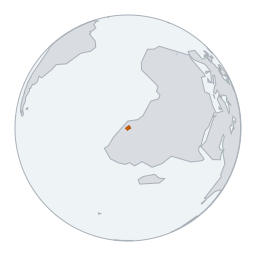 Omusati highlighted on a globe, orthographic projection, rotated 60°
{"feature_id": "NAM-3350", "entity_name": "Omusati", "entity_type": "Region", "adm_level": 1, "iso_a3": "NAM", "parent_name": "Namibia", "parent_adm1": "", "projection": "orthographic", "projection_center": [14.875, -18.403], "detail": "fine", "context": "on_globe", "style": "filled", "palette": "amber", "viewbox_px": 256, "rotation_deg": 60, "n_neighbors": 0, "source": "natural_earth", "source_scale": "10m", "svg_char_len": 4887}
<svg xmlns="http://www.w3.org/2000/svg" viewBox="0 0 256 256"><g transform="rotate(60 128 128)"><circle cx="128" cy="128" r="113" fill="#eef3f6" stroke="#a8b0b8"/><path d="M17.3,107.1L17.0,109.0L18.3,102.3L18.1,104.2L20.3,100.1L19.8,101.8L21.4,106.0L25.2,105.8L26.1,109.7L25.4,112.9L27.2,112.6L27.3,114.4L36.0,112.9L42.0,115.5L42.8,122.1L39.7,131.6L41.6,149.4L37.3,158.1L39.4,165.5L41.4,177.7L38.5,179.1L42.5,183.2L43.5,187.3L42.4,188.9L45.0,192.4L44.4,193.6L46.8,195.0L49.9,200.9L53.8,203.8L57.1,208.4L59.7,210.0L59.4,210.4L60.2,211.6L61.7,212.8L59.1,212.5L53.6,208.5L51.1,205.7L50.7,205.9L44.9,198.9L45.9,200.8L38.3,191.8L33.1,183.4L22.4,161.2L20.7,157.7L19.0,155.6L17.4,149.5L16.1,141.1L15.5,132.6L15.4,124.0L16.1,115.5L17.3,107.1ZM64.9,213.8L60.0,213.0L62.1,213.1L60.1,210.5L63.9,211.6L64.9,213.8ZM60.5,206.8L60.2,204.8L61.2,205.1L61.5,206.5L60.5,206.8ZM136.7,15.7L147.1,17.1L146.3,17.1L142.0,16.5L146.7,17.5L146.0,17.2L148.3,17.6L148.6,17.4L150.2,17.7L147.7,17.1L149.7,17.5L151.3,17.8L152.5,18.0L160.5,20.2L168.4,22.8L176.0,26.1L183.4,29.9L190.5,34.3L197.3,39.2L203.6,44.5L209.6,50.4L215.1,56.6L220.2,63.2L224.7,70.2L228.7,77.5L232.1,85.1L235.0,92.9L237.3,100.9L237.2,100.3L238.6,107.4L240.1,116.5L240.6,125.2L240.3,120.7L239.5,113.0L238.9,109.5L237.8,103.1L234.8,92.3L234.4,92.1L233.2,88.4L229.0,79.0L227.7,78.7L226.5,84.5L228.4,94.0L227.1,97.0L220.5,80.8L216.7,71.4L214.8,71.1L207.6,62.1L196.6,58.0L194.6,55.6L192.6,55.9L187.4,52.8L184.2,49.2L181.3,48.8L189.8,58.5L192.9,59.1L194.8,56.6L196.7,60.0L201.6,64.1L197.7,70.5L180.6,74.2L178.3,67.0L161.6,48.2L161.7,46.5L161.6,46.3L161.4,45.9L160.6,48.6L157.5,45.4L167.1,57.4L169.0,62.8L180.4,74.5L179.5,75.5L183.0,78.3L193.1,77.7L193.3,80.1L189.0,90.3L174.2,104.4L175.8,116.5L174.1,126.7L164.1,132.7L164.1,141.3L158.9,143.9L158.0,148.8L153.2,153.9L145.7,158.7L133.7,158.6L133.6,153.9L128.6,145.0L121.9,124.7L125.6,115.5L124.8,108.8L116.1,94.7L118.0,86.9L115.5,83.9L110.5,85.0L107.5,81.6L104.4,81.8L84.4,87.2L78.0,83.7L69.5,71.8L72.8,65.8L72.8,60.1L95.5,38.6L101.0,38.6L119.6,35.0L122.1,35.5L120.6,39.1L135.1,43.5L139.0,40.4L151.5,43.6L159.3,44.2L160.8,37.6L148.0,36.4L145.0,33.1L154.7,31.4L165.9,33.3L165.1,32.2L157.5,28.9L159.4,27.5L154.7,27.7L157.1,28.9L154.2,29.2L151.9,28.2L152.7,27.6L149.2,26.9L146.4,30.2L148.5,31.8L139.6,32.0L142.2,34.9L140.0,36.2L134.8,31.9L134.8,30.4L125.6,26.7L124.8,28.1L133.4,31.9L131.0,31.6L129.9,34.2L128.8,32.0L119.6,28.0L111.2,29.6L101.6,36.9L96.4,38.2L91.7,37.8L94.2,31.4L105.3,29.2L106.3,27.4L103.2,25.6L106.9,25.2L107.0,24.4L111.1,23.8L116.1,21.5L120.1,21.1L121.3,19.1L123.5,18.7L122.2,19.9L123.5,20.7L133.5,20.5L135.2,20.1L135.1,18.9L137.9,19.2L136.5,18.2L141.8,18.2L134.2,17.5L133.9,16.7L136.7,16.3L135.2,16.1L130.7,16.7L130.1,17.2L131.8,17.7L129.1,19.5L125.8,19.9L123.5,17.9L118.6,18.5L118.9,17.2L130.9,15.4L136.2,15.7L136.7,15.7ZM88.6,47.9L88.2,49.5L88.6,47.9ZM178.3,39.5L184.5,41.4L180.5,36.9L182.5,37.3L180.4,35.8L180.2,36.6L174.8,32.6L177.0,32.4L175.6,30.9L173.5,30.2L170.3,31.4L177.9,36.8L177.1,38.0L178.3,39.5ZM20.4,99.9L20.5,100.7L20.0,101.3L20.4,99.9ZM22.2,89.3L22.5,89.0L21.9,90.4L22.2,89.3ZM22.0,89.9L21.8,90.4L22.0,89.9ZM57.8,39.9L56.3,41.1L57.0,40.6L57.8,39.9ZM103.4,21.5L105.1,21.6L103.9,22.6L98.7,24.0L100.4,22.6L103.4,21.5ZM107.7,21.6L106.8,19.8L110.0,19.1L108.4,19.8L110.6,19.5L108.5,20.5L112.4,22.0L111.6,23.0L102.5,24.6L106.0,23.4L104.1,23.2L107.7,21.6ZM98.9,19.3L98.6,19.3L105.9,17.6L105.4,17.9L100.2,19.1L97.8,19.6L98.9,19.3ZM124.4,34.1L126.2,34.1L129.0,33.9L128.4,35.7L124.4,34.1ZM118.1,31.3L119.6,31.0L120.1,33.0L118.2,33.1L118.1,31.3ZM120.1,29.2L119.7,30.8L118.8,30.0L120.1,29.2ZM123.6,19.7L125.3,19.5L125.6,19.7L124.8,20.2L123.6,19.7ZM158.8,38.5L156.8,39.5L155.5,38.8L156.5,38.5L158.8,38.5ZM142.0,37.1L146.1,38.1L141.8,37.6L142.0,37.1ZM188.3,194.4L188.0,196.5L186.8,196.1L188.3,194.4ZM191.3,128.2L182.5,145.8L177.8,145.0L177.6,139.1L181.4,128.2L187.1,126.0L190.1,121.6L191.3,128.2ZM239.6,143.5L239.8,141.1L240.0,139.7L240.0,140.4L239.6,143.5ZM240.4,135.4L240.0,139.5L240.3,131.1L238.6,111.9L239.2,113.7L240.6,127.2L240.6,128.4L240.5,133.8L240.4,135.4ZM228.8,95.1L230.8,102.0L229.9,102.2L228.8,95.1ZM217.7,196.1L217.8,196.0L219.7,193.3L221.6,190.7L228.0,179.7L227.6,180.5L228.0,179.9L223.2,188.2L217.7,196.1Z" fill="#d9dde1" stroke="#a8b0b8" stroke-width="1"/><path d="M126.9,126.0L127.4,126.0L127.9,126.0L128.3,126.0L128.8,126.0L129.3,126.0L129.3,126.3L129.4,126.6L128.8,127.3L129.0,127.4L129.1,127.5L129.3,128.4L129.2,128.5L129.3,129.0L129.2,129.1L129.3,129.3L129.2,129.3L128.9,129.5L128.6,129.6L128.4,129.6L128.0,129.6L127.5,129.6L127.4,129.7L127.4,129.8L127.5,129.8L127.4,130.0L127.2,130.0L127.2,129.9L127.3,129.8L127.2,129.7L127.1,129.4L127.1,129.2L127.1,128.9L127.0,128.7L126.9,128.5L126.9,128.4L126.9,128.1L126.9,127.4L126.9,127.1L126.7,126.8L126.6,126.7L126.6,126.4L126.7,126.2L126.8,126.1L126.9,126.0Z" fill="#f59e0b" stroke="#b45309" stroke-width="1.5"/></g></svg>